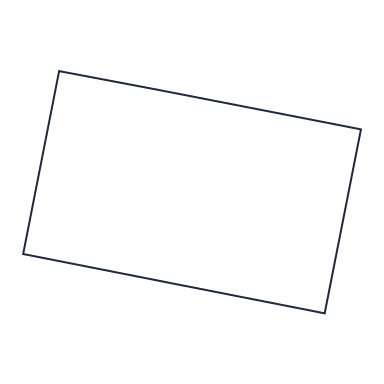 outline of Kingsbury, South Dakota, United States of America, rotated 191°
{"feature_id": "52423323B28637641674469", "entity_name": "Kingsbury", "entity_type": "district", "adm_level": 2, "iso_a3": "USA", "parent_name": "United States of America", "parent_adm1": "South Dakota", "projection": "natural_earth1", "projection_center": [-97.566, 44.37], "detail": "fine", "context": "isolated", "style": "outline", "palette": "slate", "viewbox_px": 384, "rotation_deg": 191, "n_neighbors": 0, "source": "geoboundaries", "source_scale": "gbopen_adm2", "svg_char_len": 255}
<svg xmlns="http://www.w3.org/2000/svg" viewBox="0 0 384 384"><g transform="rotate(191 192 192)"><path d="M38.1,285.7L39.9,285.7L243.4,285.8L345.5,285.3L345.9,98.9L191.5,98.5L38.6,98.2L38.1,285.7Z" fill="none" stroke="#1e293b" stroke-width="2"/></g></svg>